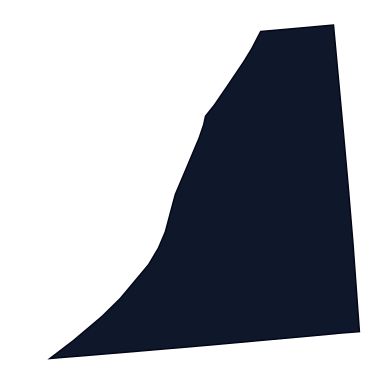 the district of Berrien, Michigan, United States of America, rotated 355°
{"feature_id": "52423323B94823844405741", "entity_name": "Berrien", "entity_type": "district", "adm_level": 2, "iso_a3": "USA", "parent_name": "United States of America", "parent_adm1": "Michigan", "projection": "robinson", "projection_center": [-86.545, 42.001], "detail": "fine", "context": "isolated", "style": "filled", "palette": "ink", "viewbox_px": 384, "rotation_deg": 355, "n_neighbors": 0, "source": "geoboundaries", "source_scale": "gbopen_adm2", "svg_char_len": 670}
<svg xmlns="http://www.w3.org/2000/svg" viewBox="0 0 384 384"><g transform="rotate(355 192 192)"><path d="M346.6,345.7L347.9,257.4L348.1,202.7L348.0,147.4L347.5,38.0L274.4,38.1L263.9,54.6L255.1,66.5L254.0,67.9L237.0,88.9L221.9,107.3L212.1,117.6L209.5,126.0L203.7,139.1L199.8,146.4L187.8,169.2L175.2,192.9L170.9,204.7L162.2,228.7L161.8,229.7L153.7,244.9L144.3,258.0L142.5,260.5L111.4,291.7L91.8,307.9L60.6,329.9L35.9,345.5L36.5,345.5L40.4,345.5L46.5,345.5L47.9,345.5L48.4,345.5L74.2,345.7L75.7,345.7L76.5,345.7L131.1,345.9L131.8,345.9L191.9,346.0L194.4,346.0L203.6,346.0L322.6,345.6L326.2,345.5L346.6,345.7Z" fill="#0f172a" stroke="#020617" stroke-width="1.5"/></g></svg>